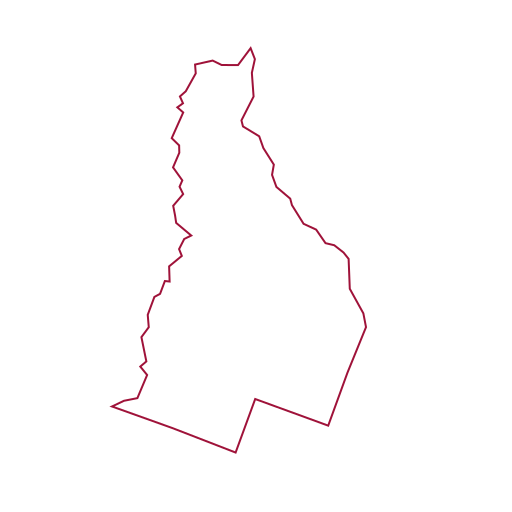 outline of Mason, Illinois, United States of America, rotated 111°
{"feature_id": "52423323B7274127443145", "entity_name": "Mason", "entity_type": "district", "adm_level": 2, "iso_a3": "USA", "parent_name": "United States of America", "parent_adm1": "Illinois", "projection": "albers", "projection_center": [-90.006, 40.244], "detail": "fine", "context": "isolated", "style": "outline", "palette": "rose", "viewbox_px": 512, "rotation_deg": 111, "n_neighbors": 0, "source": "geoboundaries", "source_scale": "gbopen_adm2", "svg_char_len": 951}
<svg xmlns="http://www.w3.org/2000/svg" viewBox="0 0 512 512"><g transform="rotate(111 256 256)"><path d="M446.8,204.6L389.8,205.5L388.5,127.8L332.1,128.8L283.0,127.8L271.1,135.2L253.0,156.7L225.5,168.5L221.4,175.5L217.9,186.8L219.1,195.7L209.8,209.3L208.9,223.1L195.6,240.7L190.2,244.6L184.2,261.7L174.5,270.1L164.3,272.1L152.6,287.8L143.1,295.9L139.7,314.6L134.6,318.2L108.0,315.4L86.5,325.5L72.6,327.6L63.9,335.5L84.2,341.2L90.0,356.5L89.1,366.5L99.1,381.5L107.1,377.7L127.4,380.6L134.3,384.2L139.6,378.9L145.4,382.7L148.1,375.4L176.2,376.9L180.3,367.4L187.1,364.6L203.0,365.2L211.8,351.9L218.7,352.2L224.3,346.2L238.8,351.3L247.3,346.0L253.7,342.4L260.1,323.8L265.8,329.1L277.1,330.3L282.5,325.3L296.8,333.4L310.8,327.5L312.0,332.1L325.7,332.0L330.6,336.2L349.7,336.0L360.9,330.6L372.8,333.9L393.7,320.6L400.7,324.4L406.1,315.0L431.2,315.8L438.5,327.4L448.1,336.5L446.6,272.5L446.8,204.6Z" fill="none" stroke="#9f1239" stroke-width="2"/></g></svg>